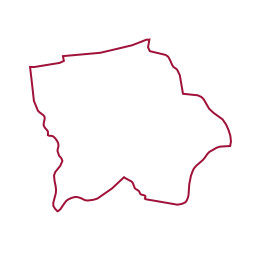 outline of Maritime, rotated 186°
{"feature_id": "TGO-87", "entity_name": "Maritime", "entity_type": "Region", "adm_level": 1, "iso_a3": "TGO", "parent_name": "Togo", "parent_adm1": "", "projection": "natural_earth1", "projection_center": [1.275, 6.502], "detail": "fine", "context": "isolated", "style": "outline", "palette": "rose", "viewbox_px": 256, "rotation_deg": 186, "n_neighbors": 0, "source": "natural_earth", "source_scale": "10m", "svg_char_len": 1661}
<svg xmlns="http://www.w3.org/2000/svg" viewBox="0 0 256 256"><g transform="rotate(186 128 128)"><path d="M116.0,218.2L116.5,210.3L114.3,206.7L98.2,204.6L95.5,203.1L93.5,200.3L90.9,195.7L89.4,193.7L88.0,192.8L86.5,192.1L85.0,190.8L82.0,185.9L76.9,167.8L62.1,167.8L58.2,166.5L55.6,164.3L49.3,155.6L44.5,152.0L34.9,146.5L30.8,141.7L27.7,136.3L25.4,130.9L24.2,125.4L24.5,120.8L26.8,120.4L34.5,119.1L37.7,117.7L44.5,112.8L45.2,112.0L46.5,110.2L48.5,106.5L50.3,103.9L56.0,97.8L57.3,96.0L58.3,94.4L59.1,92.2L60.4,87.2L61.2,78.5L60.8,67.8L61.1,65.1L61.9,62.4L62.6,60.9L63.5,59.9L65.3,58.8L67.2,57.9L70.9,56.9L102.6,59.0L103.5,59.2L103.9,59.9L103.4,61.5L103.7,62.2L104.6,62.7L107.9,63.2L108.8,63.7L109.4,64.5L109.9,65.5L110.5,66.3L111.4,66.9L112.3,67.4L113.3,67.8L114.5,68.5L115.0,68.9L115.2,69.3L117.5,73.8L118.2,74.6L119.0,75.2L125.1,77.7L126.8,78.6L137.7,66.1L151.1,54.6L154.9,53.0L159.3,51.9L161.6,51.6L163.4,51.8L167.8,53.4L170.2,53.9L172.5,54.0L173.7,53.8L177.0,52.5L180.5,50.3L181.7,49.1L182.9,47.3L186.9,40.0L188.6,38.3L189.4,37.8L189.5,37.8L192.3,40.3L194.1,42.7L194.5,45.8L193.0,55.3L193.1,59.1L194.0,63.0L195.5,67.6L196.6,73.0L195.8,76.5L194.3,78.8L191.4,83.3L189.8,88.4L191.1,90.9L193.6,93.2L195.7,97.7L195.7,99.5L195.4,101.4L195.3,103.4L195.9,105.7L197.1,107.6L198.6,109.4L200.2,110.9L201.7,111.9L203.6,112.2L205.5,112.0L206.9,112.5L207.1,115.1L207.6,116.7L210.8,119.7L212.1,121.6L212.3,123.9L211.8,128.7L212.3,130.7L213.5,131.9L217.7,134.4L219.4,135.8L224.4,145.1L228.1,162.0L231.8,178.5L227.8,178.8L202.8,185.6L198.8,188.0L200.2,192.7L163.4,199.9L132.6,210.7L118.8,217.8L117.2,217.9L116.0,218.2Z" fill="none" stroke="#9f1239" stroke-width="2"/></g></svg>